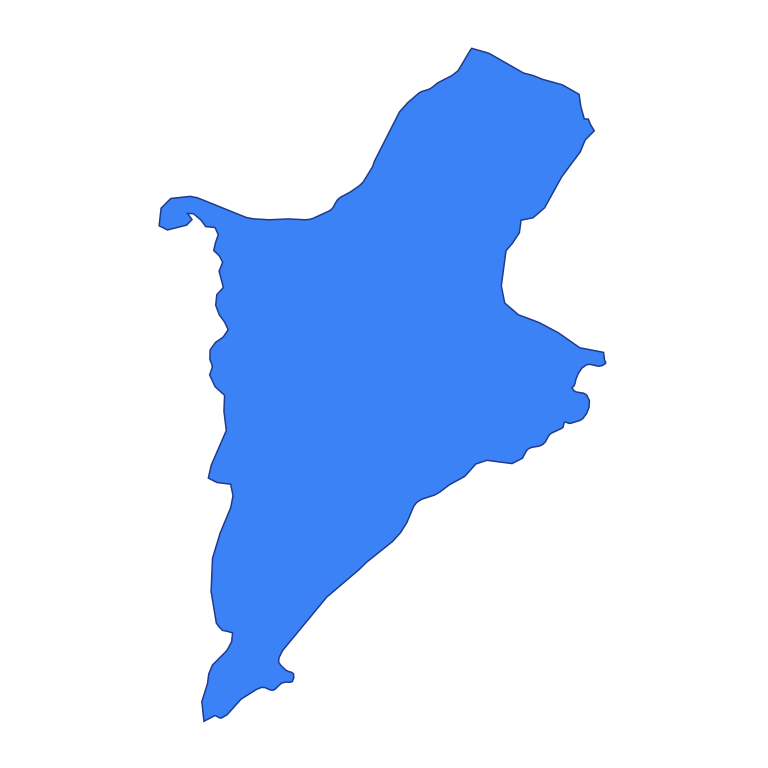 SVG path tracing the border of Khammouan, rotated 89°
{"feature_id": "LAO-3293", "entity_name": "Khammouan", "entity_type": "Province", "adm_level": 1, "iso_a3": "LAO", "parent_name": "Laos", "parent_adm1": "", "projection": "orthographic", "projection_center": [105.341, 17.58], "detail": "fine", "context": "isolated", "style": "filled", "palette": "blue", "viewbox_px": 768, "rotation_deg": 89, "n_neighbors": 0, "source": "natural_earth", "source_scale": "10m", "svg_char_len": 2554}
<svg xmlns="http://www.w3.org/2000/svg" viewBox="0 0 768 768"><g transform="rotate(89 384 384)"><path d="M194.8,594.0L193.0,574.5L194.6,567.2L215.1,518.8L216.6,511.4L217.8,496.1L217.3,476.4L218.4,460.3L218.2,456.3L217.3,452.4L209.9,435.6L208.7,433.8L206.4,431.7L201.1,428.7L198.6,426.9L196.4,424.1L191.6,414.6L185.4,405.3L181.7,401.3L166.7,391.7L160.9,389.6L112.1,363.7L103.0,355.2L93.7,344.0L92.3,341.4L90.4,334.8L89.6,332.8L88.3,330.7L83.8,325.0L76.7,310.6L72.0,304.4L51.7,291.9L49.9,290.4L55.1,273.4L75.5,239.1L78.2,229.5L82.1,220.3L88.0,200.4L97.8,183.9L110.3,182.3L122.5,179.1L122.6,175.2L125.2,174.1L127.9,173.2L134.5,169.3L143.5,178.6L155.3,183.7L179.8,202.6L210.6,220.3L220.4,232.1L222.6,244.1L235.1,246.0L245.5,253.1L252.9,259.7L288.0,265.0L305.1,261.9L317.1,248.5L325.4,227.6L335.9,208.7L351.2,187.6L356.2,163.9L364.4,163.0L366.0,161.9L367.4,162.2L369.5,165.7L370.0,169.4L368.0,177.3L368.2,181.0L371.5,185.8L376.6,189.4L382.3,191.9L387.3,193.2L389.6,194.3L390.3,195.7L391.2,196.1L394.0,194.2L395.3,191.9L396.7,184.5L398.6,181.5L404.2,178.9L410.9,179.4L417.2,182.0L422.0,185.8L423.9,188.8L426.5,197.8L426.6,199.8L425.9,201.5L425.2,202.8L425.0,203.5L426.4,204.8L430.0,205.6L431.2,206.6L436.4,218.2L439.0,220.5L444.5,223.5L447.1,226.1L448.8,229.7L449.9,237.2L451.1,240.5L453.3,242.8L460.7,246.9L460.7,247.0L465.0,255.7L465.8,257.4L462.1,282.5L465.6,293.6L477.8,304.9L485.9,320.4L492.9,329.9L495.9,335.4L499.8,348.0L502.8,353.2L506.6,356.3L523.0,363.6L533.2,370.3L541.5,378.1L562.1,404.8L568.7,411.7L596.2,445.1L648.8,490.1L655.7,493.7L660.3,494.2L663.9,491.8L668.4,487.1L669.8,484.3L670.6,481.5L672.2,479.5L676.2,479.3L680.0,480.9L680.6,483.6L680.3,487.1L681.1,491.1L682.7,493.4L687.1,498.0L688.2,499.9L688.0,502.9L685.5,508.2L685.2,511.7L687.0,516.6L696.6,532.4L711.9,546.6L715.1,552.3L715.0,554.2L712.9,557.7L712.7,559.2L718.1,569.9L698.4,571.7L680.5,565.7L670.9,564.3L662.1,560.5L647.7,545.7L639.2,540.9L630.3,539.7L628.6,544.7L627.5,549.9L624.0,553.1L620.2,555.8L588.4,560.5L555.3,558.5L530.1,550.4L504.9,539.4L493.0,536.9L481.5,539.1L479.6,552.7L475.0,561.3L462.3,558.2L427.8,542.5L408.4,544.5L392.5,543.6L383.8,552.9L371.9,558.2L364.0,555.3L360.2,556.2L356.5,557.7L347.0,557.3L339.5,551.8L334.2,543.9L327.0,538.9L319.4,542.2L312.0,547.5L302.3,550.9L291.7,549.6L284.7,542.9L268.4,546.9L259.4,543.2L252.7,546.6L247.7,551.9L240.0,550.1L231.9,547.1L224.6,550.2L223.5,559.5L216.9,564.1L210.4,571.6L210.0,577.5L216.2,573.1L221.7,578.6L226.2,597.8L221.9,606.1L204.3,603.8L194.8,594.0Z" fill="#3b82f6" stroke="#1e3a8a" stroke-width="1.5"/></g></svg>